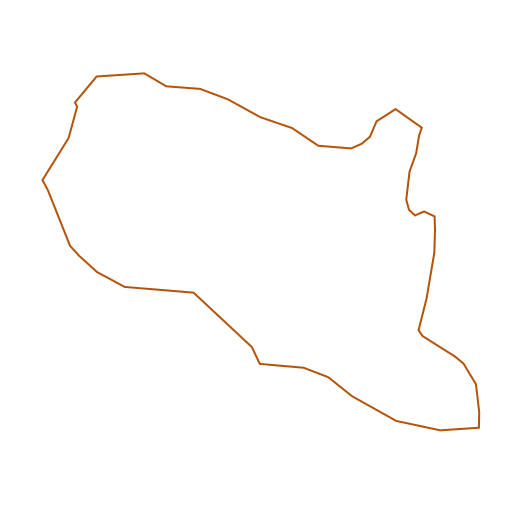 map outline of Hrpelje-Kozina (orthographic projection), rotated 353°
{"feature_id": "SVN-1026", "entity_name": "Hrpelje-Kozina", "entity_type": "Municipality", "adm_level": 1, "iso_a3": "SVN", "parent_name": "Slovenia", "parent_adm1": "", "projection": "orthographic", "projection_center": [14.024, 45.558], "detail": "fine", "context": "isolated", "style": "outline", "palette": "amber", "viewbox_px": 512, "rotation_deg": 353, "n_neighbors": 0, "source": "natural_earth", "source_scale": "10m", "svg_char_len": 774}
<svg xmlns="http://www.w3.org/2000/svg" viewBox="0 0 512 512"><g transform="rotate(353 256 256)"><path d="M53.3,154.6L84.3,116.2L96.7,86.0L95.0,81.6L119.7,58.4L167.4,61.1L187.5,76.6L220.8,83.3L247.2,97.1L277.1,118.7L307.4,133.4L331.3,154.2L363.5,160.8L374.5,157.5L383.6,151.6L392.1,137.0L412.4,127.2L436.2,148.9L432.5,156.4L427.5,173.5L418.7,190.9L412.0,218.4L413.5,228.8L418.8,235.1L428.3,232.3L438.1,238.5L436.9,251.6L433.4,274.5L420.1,319.0L408.3,349.5L411.6,355.8L441.3,380.1L448.8,388.0L458.7,410.1L458.5,438.5L456.4,453.0L456.3,453.6L417.7,451.5L375.1,436.8L334.4,407.0L312.9,385.1L289.6,372.7L246.7,363.6L246.5,363.2L240.8,345.9L189.6,284.8L121.9,270.7L96.4,252.7L80.5,234.3L72.7,223.3L57.5,165.5L53.3,154.6Z" fill="none" stroke="#b45309" stroke-width="2"/></g></svg>